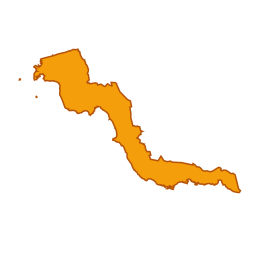 Zamboanga del Norte, Zamboanga del Norte, Philippines (Albers equal-area conic projection), rotated 256°
{"feature_id": "2640588B39288775379873", "entity_name": "Zamboanga del Norte", "entity_type": "district", "adm_level": 2, "iso_a3": "PHL", "parent_name": "Philippines", "parent_adm1": "Zamboanga del Norte", "projection": "albers", "projection_center": [122.692, 8.0], "detail": "fine", "context": "isolated", "style": "filled", "palette": "amber", "viewbox_px": 256, "rotation_deg": 256, "n_neighbors": 0, "source": "geoboundaries", "source_scale": "gbopen_adm2", "svg_char_len": 5722}
<svg xmlns="http://www.w3.org/2000/svg" viewBox="0 0 256 256"><g transform="rotate(256 128 128)"><path d="M216.2,70.4L216.1,60.3L215.7,60.2L215.6,59.8L215.0,59.7L214.1,60.5L213.9,60.2L214.3,59.5L214.0,59.1L213.6,59.5L213.1,59.3L212.7,59.8L212.1,59.2L212.0,60.3L211.6,60.3L211.1,59.6L210.7,59.7L210.2,58.9L209.0,58.0L208.9,56.7L208.6,56.4L209.4,55.8L209.4,55.0L211.0,53.6L210.3,51.5L209.4,51.7L208.5,53.1L207.9,53.0L207.4,53.7L206.6,52.8L206.1,52.9L205.5,52.6L205.0,53.4L205.0,51.9L203.3,50.0L199.1,48.8L197.2,48.8L197.4,49.7L197.1,51.2L198.3,51.6L198.2,52.3L198.7,52.3L198.5,52.7L198.8,52.9L198.8,53.4L199.2,51.6L199.8,51.4L199.6,52.1L200.1,52.3L200.2,52.9L199.3,53.3L199.2,54.3L199.6,54.3L199.6,54.6L200.5,54.4L200.7,54.6L200.0,55.2L201.4,55.3L201.8,55.8L200.6,58.1L201.0,58.7L200.8,58.9L200.2,58.7L198.6,59.9L197.6,58.5L196.5,58.3L196.3,57.8L195.8,58.3L194.1,58.7L194.0,59.0L193.8,59.1L194.0,59.3L193.6,60.9L192.5,63.5L193.0,63.3L192.5,63.8L192.0,66.7L191.6,66.9L191.7,67.1L191.3,68.0L189.1,71.1L188.1,71.5L188.2,71.8L185.2,72.2L184.0,71.9L183.2,71.3L180.9,71.1L177.7,70.0L176.1,69.9L176.0,70.1L171.0,71.0L163.2,71.8L162.3,72.3L161.8,73.2L161.0,74.0L161.2,73.9L161.1,74.3L161.0,74.1L160.5,74.7L159.7,74.6L159.1,75.3L158.7,76.8L159.0,77.2L158.5,77.9L158.5,79.2L158.1,79.7L158.3,79.6L157.8,80.0L157.0,81.6L155.7,81.9L155.4,82.5L154.6,82.4L154.2,83.0L154.2,86.9L155.0,88.4L154.9,89.2L155.3,89.9L154.6,92.2L153.6,93.2L151.7,93.8L150.5,93.5L150.0,94.4L149.5,94.5L150.6,96.3L150.7,97.6L151.5,97.7L151.9,98.5L152.7,99.1L152.7,99.6L155.0,100.5L155.0,100.8L155.3,100.5L155.8,100.7L155.9,101.8L155.7,103.1L156.1,103.3L155.8,103.4L155.9,104.7L155.3,106.1L154.6,106.5L153.6,106.5L152.1,107.9L151.5,108.0L150.6,109.3L148.0,111.4L145.8,112.4L144.2,112.2L142.0,112.6L141.1,112.0L141.2,112.4L141.0,112.5L141.0,112.2L140.8,112.8L139.7,113.7L137.9,114.5L132.0,115.5L131.1,115.2L130.9,115.6L128.7,116.0L124.5,115.6L122.4,114.8L121.4,113.6L121.5,112.9L121.1,112.6L121.3,111.0L119.9,110.3L118.9,112.2L117.3,113.4L116.4,115.7L114.7,116.8L112.5,117.3L112.2,117.7L112.4,118.3L111.4,119.0L109.6,119.5L108.1,119.4L107.2,119.9L104.9,119.7L105.1,119.8L104.2,120.6L103.3,120.9L100.2,120.1L98.7,120.1L91.8,122.8L90.6,122.7L87.2,123.3L86.1,124.1L85.7,123.8L85.3,124.4L83.8,125.1L82.9,126.0L80.4,126.5L79.7,127.5L77.5,128.2L76.8,129.1L75.6,129.5L74.9,131.1L73.9,131.5L72.4,133.1L72.7,134.0L73.4,134.6L73.6,135.3L73.5,136.7L72.8,138.1L70.6,140.6L68.9,141.7L66.9,142.3L65.8,143.3L65.5,144.7L64.7,145.4L65.0,145.9L64.9,146.3L64.0,146.8L63.9,147.7L63.6,147.5L63.3,147.8L63.9,148.3L63.8,149.1L62.9,149.4L62.2,150.1L61.8,149.9L61.8,149.5L61.6,149.6L61.9,151.0L61.3,151.8L61.5,152.1L61.3,152.4L60.3,152.5L59.8,151.0L59.4,152.0L60.9,153.9L61.8,154.1L61.9,154.6L61.1,155.1L61.0,154.7L60.5,155.5L60.4,154.2L59.6,153.9L59.2,154.2L59.4,154.4L59.1,154.8L59.1,155.3L58.7,155.3L58.5,156.0L58.3,155.8L58.0,155.9L57.7,156.7L58.2,156.5L58.6,156.8L58.6,157.4L59.1,158.0L60.0,157.4L60.5,157.7L60.5,158.2L60.8,157.9L61.9,161.7L62.7,162.9L63.0,164.1L62.9,167.3L62.6,167.7L62.2,167.7L61.8,168.4L62.0,168.9L61.3,169.3L61.6,169.6L61.6,170.4L60.3,170.9L60.2,171.6L59.8,171.9L61.0,172.7L61.7,173.6L62.0,173.5L62.0,172.7L62.6,172.5L62.6,172.8L63.1,172.7L62.9,173.1L63.2,173.0L63.6,173.5L63.9,174.5L63.3,175.8L62.1,176.0L62.2,176.4L61.9,176.7L61.4,176.5L60.6,176.9L60.6,177.8L59.8,178.0L59.4,178.7L59.8,179.2L59.3,179.8L58.4,180.1L57.7,179.5L57.3,180.2L56.7,179.6L56.3,180.2L56.2,181.3L56.9,181.9L57.7,182.2L58.0,181.7L58.1,182.9L56.5,183.7L55.9,185.0L55.9,186.1L55.0,187.3L55.1,187.7L54.4,188.2L54.2,188.8L54.9,189.5L54.5,190.2L54.8,190.7L54.6,193.3L54.0,194.3L53.1,195.0L53.5,196.7L52.3,197.2L51.7,198.1L51.8,198.9L52.3,199.2L52.1,200.4L52.4,201.4L53.9,202.7L55.4,202.8L55.3,204.7L54.8,205.6L54.0,206.0L52.7,205.9L49.7,206.6L49.9,207.5L49.1,208.5L47.4,208.8L46.4,209.7L45.3,210.0L44.2,211.4L44.1,212.2L42.1,213.6L40.6,215.3L38.8,219.1L38.5,220.2L39.1,221.2L39.8,221.6L40.2,221.5L40.3,221.8L41.3,221.0L42.6,220.6L56.6,220.6L58.6,219.0L58.6,217.2L63.1,213.1L64.1,210.6L63.7,209.1L64.2,208.0L64.9,207.8L65.7,208.5L67.1,207.9L67.9,206.3L65.6,199.3L65.7,197.1L67.3,194.3L67.7,191.7L68.8,190.1L71.8,188.6L72.8,187.6L74.0,185.0L76.0,184.2L77.7,182.5L76.4,182.0L81.5,171.5L84.2,162.5L85.6,161.2L85.8,158.0L87.6,154.9L92.7,153.2L88.9,149.3L92.2,142.3L96.4,141.9L96.6,143.1L96.2,143.2L96.2,143.6L99.6,143.6L100.0,143.0L100.4,140.7L103.3,139.9L105.5,140.3L107.5,139.9L108.4,139.0L108.6,139.6L111.0,135.8L113.1,136.9L115.0,135.7L116.1,134.3L116.5,134.7L116.4,135.2L118.6,137.4L118.5,138.9L119.0,139.1L119.5,138.8L121.1,139.8L121.1,140.8L121.4,140.3L121.9,140.5L122.0,139.9L123.3,139.6L126.4,139.6L127.2,137.4L127.6,137.4L127.4,136.0L128.6,134.7L128.9,133.3L137.3,133.2L141.5,134.3L147.7,134.8L147.8,136.6L153.7,136.9L155.2,134.9L156.7,133.8L165.1,128.9L172.9,127.5L173.7,127.7L175.1,126.6L176.3,122.6L172.9,122.8L172.9,122.0L174.8,119.7L175.8,119.0L175.1,117.4L174.3,116.9L173.8,115.9L174.7,114.6L177.1,112.3L177.1,108.9L178.7,108.8L179.6,107.6L180.1,101.7L181.4,101.2L181.1,99.9L181.7,99.5L182.5,99.5L183.1,99.8L183.2,100.6L184.1,102.0L189.4,102.4L190.1,101.9L191.0,101.9L192.0,102.8L193.9,103.7L197.5,103.5L199.7,102.9L200.2,102.4L200.9,102.3L201.9,102.6L203.3,102.2L204.4,102.5L205.4,100.8L205.9,100.9L207.5,99.9L208.4,100.0L210.4,99.4L211.6,99.6L212.7,99.3L213.2,99.6L213.4,99.3L213.8,99.5L214.5,99.1L214.8,98.3L215.8,98.7L216.6,98.5L216.6,95.8L216.9,95.6L217.5,93.6L216.7,90.2L217.1,89.9L216.6,85.8L216.7,77.8L216.2,73.3L216.5,73.0L216.3,73.0L216.2,70.4ZM201.5,35.4L201.7,34.6L200.9,34.2L200.8,35.0L201.5,35.4ZM180.7,46.4L179.9,46.4L179.8,46.9L180.6,47.0L180.9,46.7L180.7,46.4ZM210.6,56.4L209.7,56.3L209.8,57.1L210.6,56.4Z" fill="#f59e0b" stroke="#b45309" stroke-width="1.5"/></g></svg>